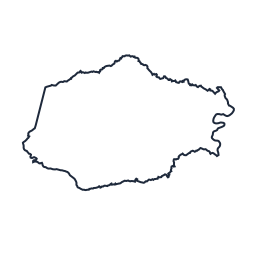 Tucumã, Pará, Brazil (Mercator projection), rotated 194°
{"feature_id": "56859067B53975647887344", "entity_name": "Tucumã", "entity_type": "district", "adm_level": 2, "iso_a3": "BRA", "parent_name": "Brazil", "parent_adm1": "Pará", "projection": "mercator", "projection_center": [-51.437, -6.813], "detail": "fine", "context": "isolated", "style": "outline", "palette": "slate", "viewbox_px": 256, "rotation_deg": 194, "n_neighbors": 0, "source": "geoboundaries", "source_scale": "gbopen_adm2", "svg_char_len": 5763}
<svg xmlns="http://www.w3.org/2000/svg" viewBox="0 0 256 256"><g transform="rotate(194 128 128)"><path d="M211.8,71.9L210.6,72.8L209.6,73.1L207.7,73.2L205.7,72.3L204.8,72.3L204.1,72.9L203.1,73.4L202.4,72.5L202.0,71.5L201.3,70.7L200.6,70.1L199.6,69.9L198.4,70.1L196.4,69.4L195.2,69.4L193.3,70.0L191.1,69.8L190.2,69.9L188.6,70.2L187.4,70.8L182.8,70.7L182.0,71.0L179.8,70.9L178.8,71.0L177.0,70.7L176.1,70.7L174.5,69.8L172.9,68.1L168.5,66.2L167.4,65.6L165.6,63.7L164.9,62.7L164.6,61.9L164.5,61.0L164.1,60.1L163.3,59.5L162.8,58.6L161.9,58.1L160.9,58.1L159.0,57.5L157.0,57.1L155.7,57.5L154.8,57.4L153.8,57.6L152.9,58.1L151.0,58.7L150.8,59.6L149.9,59.8L149.0,60.5L147.3,60.8L146.7,61.5L144.8,62.1L143.1,63.1L142.4,63.7L141.9,64.5L141.0,64.2L140.4,63.5L139.6,64.1L139.1,65.0L138.0,65.2L137.0,66.3L136.1,66.5L133.9,66.7L133.4,67.5L132.6,67.8L131.7,68.5L131.4,69.4L130.6,70.1L129.9,69.1L128.1,69.9L127.2,69.9L126.8,71.0L126.0,70.5L125.3,71.0L124.3,71.4L123.5,71.9L122.5,72.2L121.8,72.8L120.8,74.1L119.3,75.3L118.6,76.0L116.8,76.2L115.1,77.1L114.1,76.8L112.9,76.8L112.2,77.3L110.1,77.7L108.3,77.6L108.4,78.6L108.2,79.9L107.7,80.8L106.6,80.5L106.6,79.0L102.4,78.5L101.4,78.6L99.7,78.6L98.8,79.1L98.3,80.1L97.7,80.7L96.8,80.7L95.2,83.0L94.3,83.1L93.2,83.0L91.9,84.2L90.9,83.8L90.4,84.5L89.7,85.0L88.7,85.2L87.9,85.8L87.0,85.9L86.7,87.9L85.7,87.7L83.8,88.4L83.5,89.5L81.4,91.3L80.9,92.0L79.7,91.9L78.9,91.2L78.2,90.4L77.3,89.8L76.7,90.5L77.0,91.7L76.6,92.5L77.4,92.8L77.9,93.5L77.3,94.3L76.5,94.9L76.3,95.8L75.5,96.6L76.2,97.4L76.2,98.5L76.0,99.3L76.4,100.3L76.4,101.2L75.4,102.0L74.4,101.6L73.5,102.0L74.4,103.0L75.0,105.8L75.7,106.6L75.9,107.7L75.9,108.7L74.8,109.2L73.9,109.0L73.0,109.8L71.9,110.2L71.5,111.5L71.9,112.5L71.5,113.4L70.3,115.0L69.5,115.5L68.8,116.4L67.9,115.8L67.1,115.4L66.2,115.4L65.0,115.7L62.8,118.4L61.9,118.7L61.7,119.9L61.2,120.5L59.7,121.6L58.6,121.5L57.6,121.1L56.7,121.7L56.3,122.6L55.4,122.7L54.9,123.5L54.0,124.2L53.5,125.2L52.8,126.1L51.7,126.0L49.5,125.6L48.6,125.8L47.7,126.2L46.9,126.0L45.9,125.4L44.9,125.1L43.8,125.1L42.9,124.6L42.4,123.6L41.7,122.9L41.0,123.7L40.0,124.3L38.9,124.2L37.9,123.7L35.8,122.9L34.9,122.3L33.6,123.7L34.5,126.0L35.4,127.4L35.8,128.2L35.9,129.7L35.5,130.7L35.0,131.5L34.6,132.4L34.5,133.7L34.7,134.9L35.2,135.8L36.8,137.2L37.8,137.4L40.1,137.0L41.0,137.0L41.9,137.3L43.3,138.0L44.1,138.6L44.5,139.4L44.4,140.4L44.1,141.7L44.4,144.4L43.7,145.6L41.7,146.9L41.0,147.7L40.8,148.9L40.4,149.6L37.4,151.6L36.3,152.5L35.3,153.6L35.2,154.5L35.6,155.7L36.6,156.1L38.6,155.9L39.6,155.7L41.5,154.5L42.8,154.0L44.1,153.7L45.5,153.8L46.7,154.6L47.1,155.8L47.2,157.6L47.0,159.0L46.1,161.7L45.6,162.6L44.6,163.2L42.6,163.6L41.5,163.5L40.5,163.6L39.0,164.5L36.9,163.8L35.4,163.5L34.5,163.6L33.3,164.3L32.2,165.4L30.7,167.4L29.9,169.4L29.6,170.8L29.9,172.2L30.9,173.0L33.4,173.9L34.4,174.2L35.4,174.2L36.9,175.9L37.2,177.2L38.5,179.2L39.4,180.0L40.3,180.4L40.9,181.0L41.9,182.5L42.2,183.4L42.0,184.4L44.4,186.8L45.0,187.7L46.0,188.3L46.8,189.0L47.5,190.0L48.5,189.9L49.4,189.6L50.2,189.5L51.0,189.2L51.4,188.4L50.5,187.8L49.7,187.2L48.5,186.5L48.9,185.6L50.6,184.3L51.3,183.4L51.8,182.3L55.1,184.5L57.1,184.3L57.5,185.4L58.4,185.6L58.8,184.7L59.8,183.4L62.0,184.3L64.2,184.8L65.9,185.6L66.9,185.9L67.5,186.7L68.6,186.3L69.4,185.5L70.0,184.6L71.0,184.8L72.7,186.1L73.3,185.5L74.3,185.5L75.2,185.2L76.1,185.8L76.9,184.7L77.9,184.6L77.8,185.5L79.7,185.7L80.2,186.6L81.2,188.6L81.8,189.5L82.7,189.5L83.7,189.2L84.5,188.7L85.0,187.9L85.8,187.3L85.2,186.4L86.2,185.8L86.8,186.5L87.4,185.8L88.7,185.9L89.3,185.1L89.6,184.1L90.5,184.0L91.4,184.1L92.4,184.1L92.9,184.9L93.6,185.6L94.4,184.8L95.6,184.5L96.7,183.9L97.0,184.9L99.0,185.6L99.3,184.6L100.3,184.4L101.1,185.1L102.2,185.6L103.2,185.7L103.9,186.6L104.7,187.1L105.6,186.8L105.7,185.8L105.9,184.9L108.6,183.4L109.6,184.0L110.2,184.6L112.0,184.4L112.9,184.8L112.8,185.7L112.9,186.7L113.6,187.2L115.1,186.3L115.9,186.8L117.1,185.5L117.9,186.6L119.4,188.0L120.4,188.5L122.1,189.6L122.8,190.2L123.6,190.6L124.0,192.4L125.0,193.2L126.5,193.4L127.5,192.8L128.4,192.9L129.2,193.5L130.2,193.4L131.1,193.5L131.5,194.4L132.4,194.8L133.0,195.6L134.0,195.5L134.1,196.5L134.5,197.5L135.2,198.1L136.2,198.3L137.4,198.0L138.2,198.0L138.9,198.9L139.7,198.3L140.6,198.8L141.6,198.6L142.6,197.9L144.4,198.8L145.5,198.2L146.6,198.2L148.1,197.6L148.6,196.8L150.6,196.4L150.7,195.5L151.4,194.8L151.4,193.9L152.3,194.0L152.8,191.4L154.1,190.7L154.9,189.8L156.0,190.3L156.8,189.5L156.8,187.3L157.4,186.6L158.3,185.8L158.9,184.6L159.7,183.9L161.0,184.1L162.8,183.4L164.1,182.8L165.6,181.5L165.9,180.4L167.0,180.1L166.9,179.1L167.6,178.3L168.5,178.1L169.1,177.3L168.7,176.3L169.2,175.5L169.4,174.6L170.5,175.1L171.3,174.7L172.2,174.9L173.0,174.5L175.3,174.6L176.1,173.8L177.1,173.9L180.3,171.9L181.6,171.6L182.6,171.6L183.2,170.9L184.3,171.1L185.4,171.2L186.3,170.5L187.1,171.3L187.8,171.9L188.4,171.1L188.4,170.3L189.2,169.9L190.2,169.6L190.8,168.7L191.3,167.8L192.4,166.0L193.6,165.0L194.2,164.2L194.6,163.4L195.3,162.9L195.1,161.9L196.1,161.4L196.6,160.7L198.1,159.1L198.6,158.3L201.2,158.0L201.8,157.2L202.7,156.8L203.6,156.8L204.5,156.5L205.4,155.9L206.2,155.1L208.4,151.7L210.3,151.3L212.5,151.3L213.0,150.5L216.9,148.3L218.0,147.4L218.2,108.1L218.4,105.1L219.1,104.4L220.4,102.6L221.2,101.8L222.0,101.2L222.8,100.3L223.3,99.4L223.4,98.3L223.0,97.4L223.1,96.3L221.8,96.0L222.4,94.2L223.0,93.6L223.4,92.5L224.6,90.5L225.9,89.1L226.4,88.3L226.0,87.4L225.5,86.7L224.9,85.4L224.5,83.6L223.9,82.5L222.8,81.6L221.8,81.3L220.7,81.3L220.1,80.7L219.3,80.2L217.9,79.1L216.8,79.2L215.7,78.7L215.6,77.6L215.8,76.6L215.3,75.7L214.3,75.6L213.4,75.9L212.8,76.6L212.0,77.0L210.0,76.6L209.2,76.2L209.3,75.2L210.0,74.3L210.9,74.2L211.7,73.8L212.1,73.0L211.8,71.9Z" fill="none" stroke="#1e293b" stroke-width="2"/></g></svg>